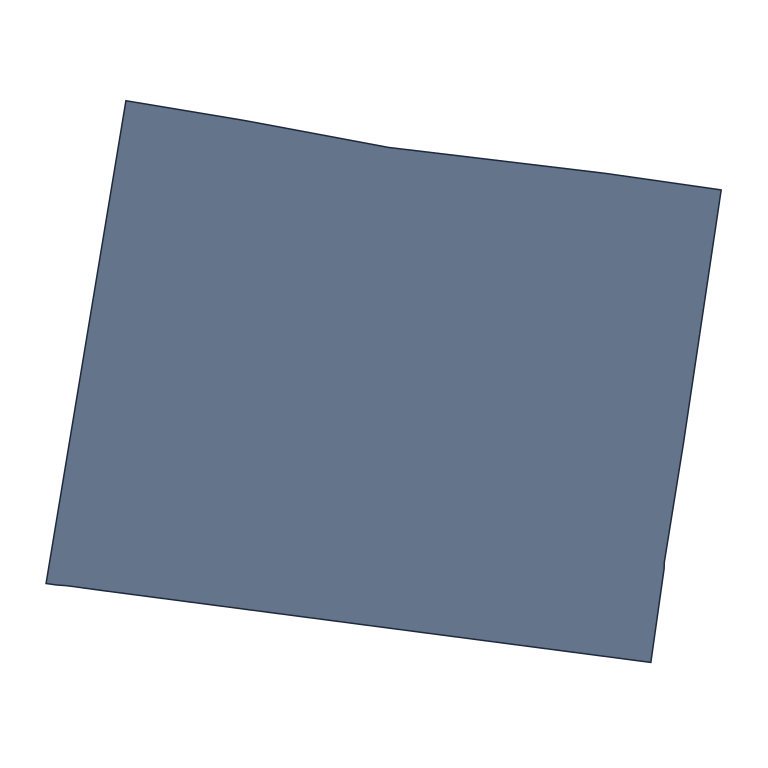 Linn, Missouri, United States of America, rotated 188°
{"feature_id": "52423323B93624151599434", "entity_name": "Linn", "entity_type": "district", "adm_level": 2, "iso_a3": "USA", "parent_name": "United States of America", "parent_adm1": "Missouri", "projection": "robinson", "projection_center": [-93.129, 39.869], "detail": "fine", "context": "isolated", "style": "filled", "palette": "slate", "viewbox_px": 768, "rotation_deg": 188, "n_neighbors": 0, "source": "geoboundaries", "source_scale": "gbopen_adm2", "svg_char_len": 333}
<svg xmlns="http://www.w3.org/2000/svg" viewBox="0 0 768 768"><g transform="rotate(188 384 384)"><path d="M80.9,240.1L81.6,246.3L79.2,367.1L77.1,623.1L193.3,623.4L412.6,618.9L557.9,625.5L679.0,628.6L690.9,139.4L680.5,139.4L670.1,140.1L628.7,140.3L81.0,145.4L80.9,240.1Z" fill="#64748b" stroke="#1e293b" stroke-width="1.5"/></g></svg>